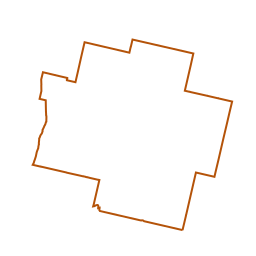 Karoonda East Murray, South Australia, Australia, rotated 283°
{"feature_id": "25037944B45596854652330", "entity_name": "Karoonda East Murray", "entity_type": "district", "adm_level": 2, "iso_a3": "AUS", "parent_name": "Australia", "parent_adm1": "South Australia", "projection": "mercator", "projection_center": [139.832, -34.928], "detail": "fine", "context": "isolated", "style": "outline", "palette": "amber", "viewbox_px": 256, "rotation_deg": 283, "n_neighbors": 0, "source": "geoboundaries", "source_scale": "gbopen_adm2", "svg_char_len": 3647}
<svg xmlns="http://www.w3.org/2000/svg" viewBox="0 0 256 256"><g transform="rotate(283 128 128)"><path d="M40.8,119.3L40.8,161.0L40.9,161.6L40.9,161.8L41.1,162.1L41.1,162.3L41.2,162.6L41.3,162.9L41.3,163.1L41.3,163.5L40.8,164.6L40.8,170.6L40.8,183.4L40.8,194.7L40.8,204.1L40.7,204.1L54.9,204.2L55.0,204.2L55.8,204.2L56.0,204.1L56.4,204.1L56.7,204.2L62.3,204.2L74.3,204.2L83.3,204.2L99.9,204.2L99.9,223.2L104.6,223.2L118.4,223.3L126.7,223.3L138.6,223.3L156.0,223.4L166.5,223.4L177.2,223.5L177.2,217.4L177.2,211.0L177.2,209.7L177.2,209.4L177.3,209.2L177.2,209.1L177.2,204.3L177.2,199.2L177.2,198.9L177.2,198.7L177.2,198.4L177.2,198.2L177.3,198.0L177.2,197.7L177.2,197.4L177.2,197.2L177.1,181.9L177.1,181.7L177.1,181.4L177.1,181.2L177.1,180.9L177.1,180.7L177.2,180.2L177.2,179.8L177.1,179.7L177.1,175.0L195.5,175.0L203.4,175.0L215.3,174.9L215.2,112.5L208.2,112.5L207.8,112.5L207.7,112.4L202.2,112.4L201.7,112.4L201.8,66.4L186.4,66.4L170.8,66.5L160.8,66.5L160.8,57.8L160.8,57.7L161.5,57.5L162.3,57.7L162.7,57.7L163.1,57.6L163.1,51.2L163.2,32.6L155.8,32.5L150.5,33.9L150.2,33.9L144.5,35.3L136.5,35.3L136.5,41.6L126.2,44.2L126.0,44.3L125.8,44.3L123.4,45.0L122.7,45.2L122.4,45.2L121.9,45.4L121.6,45.5L121.3,45.8L121.2,45.8L120.8,45.9L120.1,46.1L116.2,46.9L116.0,47.0L115.8,47.0L115.7,47.0L115.4,46.8L115.3,46.7L115.2,46.7L113.0,46.6L112.5,46.4L112.1,46.4L111.1,46.0L110.6,46.0L110.1,45.9L107.7,45.4L107.3,45.2L106.5,45.2L105.9,45.5L105.4,45.5L105.1,45.4L104.2,45.4L103.1,45.2L102.3,44.8L100.9,44.3L99.6,44.2L97.6,43.8L96.6,44.1L95.7,44.2L94.1,44.4L93.9,44.4L93.5,44.5L93.4,44.5L93.1,44.6L92.8,44.6L92.6,44.7L92.3,44.8L92.0,44.9L91.8,44.8L89.1,44.9L88.4,45.1L85.0,44.6L83.8,44.5L79.6,44.6L76.1,44.3L74.8,44.1L72.7,44.0L71.3,43.6L71.0,43.6L70.7,43.5L70.7,51.7L70.8,51.7L70.8,51.8L70.8,52.1L70.8,52.4L70.8,52.5L70.8,52.9L70.8,53.0L70.8,53.3L70.8,53.6L70.8,53.8L70.8,54.1L70.8,54.5L70.8,55.0L70.8,55.3L70.8,55.5L70.8,55.9L70.8,56.5L70.8,57.2L70.8,57.5L70.8,57.8L70.8,58.4L70.8,58.5L70.8,59.0L70.8,59.3L70.8,59.5L70.8,59.8L70.8,60.0L70.8,60.4L70.8,60.6L70.8,60.8L70.8,61.0L70.8,61.3L70.8,61.5L70.8,61.8L70.8,62.2L70.8,62.5L70.8,62.9L70.8,63.2L70.8,63.4L70.8,63.5L70.8,63.9L70.8,64.0L70.8,64.5L70.8,64.8L70.8,65.1L70.8,65.5L70.8,65.8L70.8,66.0L70.8,66.3L70.8,66.5L70.8,67.2L70.8,67.4L70.8,67.6L70.8,67.9L70.8,68.0L70.8,68.3L70.8,68.5L70.8,68.9L70.8,69.0L70.8,69.3L70.8,69.5L70.8,70.0L70.8,70.6L70.8,70.8L70.8,71.0L70.8,71.4L70.8,71.9L70.8,72.3L70.8,72.6L70.8,72.8L70.8,73.0L70.8,73.6L70.8,73.8L70.8,74.0L70.8,74.4L70.8,74.5L70.8,75.0L70.8,75.3L70.8,75.8L70.8,76.1L70.8,76.5L70.8,76.9L70.8,77.1L70.8,77.3L70.8,77.7L70.8,77.8L70.8,78.0L70.7,78.4L70.8,91.3L70.8,94.9L70.8,95.1L70.9,95.3L70.8,95.5L70.9,95.9L70.9,96.0L70.9,96.3L70.9,96.5L70.9,96.9L70.9,97.0L70.9,97.3L70.9,97.5L70.8,97.8L70.8,98.0L70.8,98.3L70.8,98.6L70.8,98.8L70.9,99.0L70.9,99.3L70.8,99.5L70.9,99.8L70.8,101.8L70.8,102.1L70.8,102.3L70.8,102.5L70.8,102.8L70.8,103.0L70.8,103.3L70.8,103.5L70.8,103.8L70.8,104.0L70.8,104.3L70.8,104.6L70.8,104.8L70.8,105.0L70.8,105.3L70.8,105.5L70.8,105.8L70.8,106.0L70.8,106.3L70.8,106.5L70.8,106.8L70.8,107.0L70.8,107.4L70.8,107.7L70.8,107.8L70.8,108.0L70.8,108.5L70.8,108.8L70.8,109.0L70.8,109.5L70.8,109.8L70.8,110.1L70.8,110.3L70.8,110.5L70.9,110.8L70.9,111.0L70.9,111.3L70.9,111.6L70.9,111.8L58.9,111.8L48.8,111.8L46.4,111.8L43.8,111.7L44.0,112.1L44.2,112.7L44.6,113.2L45.5,114.2L45.8,114.8L46.1,115.5L46.1,115.9L45.9,116.2L45.5,116.5L45.1,116.7L44.6,116.8L44.2,116.8L43.6,116.9L43.7,117.0L44.0,118.2L43.8,118.2L43.7,118.1L43.2,118.4L42.9,118.4L42.9,118.2L42.4,118.3L42.0,118.4L41.6,118.5L40.8,119.3Z" fill="none" stroke="#b45309" stroke-width="2"/></g></svg>